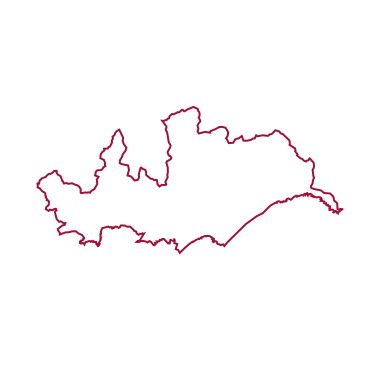 Lima, Lima Province, Peru (orthographic projection), rotated 291°
{"feature_id": "86281439B5897753899369", "entity_name": "Lima", "entity_type": "district", "adm_level": 2, "iso_a3": "PER", "parent_name": "Peru", "parent_adm1": "Lima Province", "projection": "orthographic", "projection_center": [-76.975, -12.046], "detail": "fine", "context": "isolated", "style": "outline", "palette": "rose", "viewbox_px": 384, "rotation_deg": 291, "n_neighbors": 0, "source": "geoboundaries", "source_scale": "gbopen_adm2", "svg_char_len": 6068}
<svg xmlns="http://www.w3.org/2000/svg" viewBox="0 0 384 384"><g transform="rotate(291 192 192)"><path d="M130.8,202.4L138.0,205.7L144.9,209.6L145.1,210.2L146.1,210.7L146.0,211.1L149.1,213.2L149.4,213.7L149.1,214.2L149.4,213.9L150.7,214.9L150.6,215.6L152.9,216.9L152.7,217.3L153.1,217.2L153.9,218.2L153.4,218.9L153.9,218.3L155.6,219.8L156.0,220.9L155.7,221.2L156.8,222.6L157.1,225.3L156.6,226.0L156.7,227.0L156.3,227.1L156.2,229.1L155.3,229.2L155.0,228.7L154.9,229.2L154.6,228.9L153.7,229.0L154.0,229.4L153.0,230.0L154.0,230.9L154.5,232.4L154.4,233.0L152.7,234.3L153.0,236.7L152.6,237.7L154.3,240.0L153.2,241.6L158.3,243.3L181.6,253.9L192.7,261.2L197.8,265.8L206.6,269.6L208.6,271.0L211.9,273.8L212.3,275.1L213.3,274.9L214.3,275.9L214.6,277.2L214.0,278.4L214.9,279.2L214.8,280.1L216.1,280.6L216.0,281.6L216.8,282.2L216.8,282.9L217.8,283.3L217.2,284.2L218.4,282.9L219.6,283.2L220.5,284.4L220.2,287.1L223.6,288.7L225.6,290.3L225.3,291.0L226.0,291.3L225.5,292.1L228.6,295.5L228.6,297.5L230.3,297.5L230.9,298.5L230.2,299.1L231.8,299.4L232.3,300.0L232.0,300.5L231.3,300.2L231.2,301.4L230.8,301.0L230.4,301.4L231.1,301.4L231.6,302.2L232.0,302.0L232.8,303.4L232.1,305.6L231.0,305.0L231.0,306.6L231.5,307.3L231.1,307.6L231.8,310.8L232.8,312.3L232.9,314.2L232.4,315.1L231.9,314.9L231.4,315.5L231.2,315.2L231.0,316.0L229.9,315.5L230.5,318.6L230.1,319.4L228.9,319.4L228.9,321.2L229.2,321.4L228.2,322.0L228.4,322.5L227.9,323.1L228.7,323.6L227.7,324.9L228.1,326.1L226.3,326.5L226.0,327.0L225.0,327.0L225.1,326.5L224.5,326.8L226.0,329.8L225.1,331.6L223.8,331.2L223.7,331.7L225.8,332.9L225.7,333.6L224.6,334.5L224.3,335.9L225.6,335.5L226.0,336.3L229.5,338.2L230.2,339.3L229.5,337.1L228.1,335.0L228.2,334.0L233.6,331.5L235.0,327.6L238.2,325.8L240.1,321.5L238.4,315.7L239.7,311.8L238.6,305.1L238.5,302.5L238.9,301.4L240.5,301.0L243.3,301.5L245.8,300.8L249.1,300.8L249.9,299.9L255.8,296.7L257.9,297.0L259.8,296.7L262.9,295.1L265.5,290.1L265.5,289.7L263.3,289.3L262.4,288.0L261.3,287.5L261.4,285.0L262.4,283.2L262.3,281.3L263.7,277.0L264.9,277.1L267.0,273.7L268.0,273.7L269.7,272.5L270.9,266.2L272.4,266.0L275.0,264.5L278.6,256.0L278.5,253.9L279.8,251.7L279.5,247.7L274.8,245.8L273.8,244.1L271.7,242.9L270.2,237.5L267.4,233.0L267.9,231.6L264.4,231.3L263.8,229.7L262.1,228.7L259.5,224.9L258.4,221.6L262.1,218.4L258.7,216.4L257.8,214.6L256.4,213.4L252.8,212.9L250.8,208.8L253.8,205.6L254.3,204.5L257.4,205.2L260.7,204.4L264.0,200.3L263.7,197.3L262.5,194.2L259.2,191.5L255.7,187.7L254.7,187.2L253.9,187.7L252.7,182.4L249.1,177.5L250.5,175.5L253.3,175.3L255.9,173.3L258.7,173.6L260.7,174.4L261.7,174.0L264.0,171.5L265.2,171.8L267.6,171.2L269.2,170.0L269.9,168.7L271.6,167.6L272.0,163.0L267.3,158.0L264.8,156.3L264.5,155.6L265.4,153.9L265.2,153.2L261.7,151.4L261.3,150.0L258.1,147.2L257.7,145.5L254.9,143.9L252.6,144.2L251.8,143.1L250.5,142.7L248.1,139.8L247.8,138.7L244.1,144.5L243.2,145.0L240.8,145.1L238.6,147.5L230.1,152.5L228.0,155.2L226.1,155.7L220.8,154.9L220.0,155.2L217.8,157.2L217.6,159.3L216.6,160.5L214.8,160.2L211.7,157.7L210.2,157.5L206.2,160.6L201.7,162.4L199.2,162.8L197.0,164.0L191.9,163.5L190.1,165.2L189.1,164.9L187.9,161.3L185.5,159.7L186.7,157.2L190.5,155.0L190.5,153.9L189.5,152.7L190.0,150.6L189.6,148.6L191.4,143.2L194.2,142.0L195.9,140.5L195.9,137.4L196.6,135.9L196.3,135.4L191.5,135.7L188.9,136.2L186.7,137.4L183.9,137.0L182.2,134.4L184.7,129.4L184.3,125.9L190.1,125.2L193.9,122.8L192.8,116.5L192.9,114.8L193.3,114.0L196.2,113.4L199.8,114.1L201.9,113.8L206.8,115.1L209.9,114.9L212.4,111.0L215.0,108.9L217.8,108.4L224.1,101.8L221.9,100.0L219.7,99.2L217.2,99.2L215.2,98.0L213.4,99.1L211.3,98.7L209.2,99.6L204.9,99.1L204.1,98.0L202.4,97.8L200.9,94.4L199.4,95.3L196.9,93.8L194.3,93.3L190.7,94.4L190.3,98.4L187.9,100.5L186.4,100.8L185.0,101.9L183.5,100.5L181.2,100.1L179.7,99.1L178.3,95.8L176.6,95.0L172.7,95.6L172.7,99.3L169.4,98.7L165.6,100.7L159.6,99.8L157.1,97.7L154.8,97.1L154.8,95.9L153.7,94.1L153.4,92.7L151.2,89.0L151.4,88.3L154.8,87.1L156.7,84.5L157.2,81.8L156.9,80.4L157.2,77.1L155.3,73.3L155.4,71.7L154.0,69.4L155.5,67.9L155.8,67.0L159.7,63.6L160.2,60.4L161.5,58.6L162.9,58.4L163.2,57.7L162.3,55.9L159.2,54.4L158.1,53.3L157.9,52.2L156.1,50.9L153.5,49.9L150.7,46.7L149.6,46.7L148.9,45.9L147.9,45.7L145.1,46.2L144.9,45.0L144.2,44.7L143.2,45.6L141.0,46.2L140.8,48.8L139.0,51.8L138.7,54.6L137.9,55.6L135.9,56.6L135.5,57.4L134.6,57.5L133.2,59.3L132.3,59.4L132.5,61.0L132.0,61.7L129.2,62.8L128.2,62.7L125.8,61.4L123.7,61.6L123.0,65.0L124.7,65.7L124.8,68.2L126.2,69.0L127.3,70.2L127.5,71.1L126.2,72.1L125.3,71.3L124.1,71.2L118.3,75.3L116.5,78.7L117.6,80.0L116.9,83.3L117.6,84.9L115.7,84.9L114.0,82.7L109.2,80.0L108.5,80.3L106.5,83.3L104.9,83.8L108.8,88.2L110.4,91.7L112.2,94.0L113.7,97.6L112.6,100.8L112.5,104.6L110.6,107.6L109.9,108.0L109.3,107.2L107.8,107.4L107.2,106.3L106.6,106.2L106.6,105.6L105.7,105.2L104.3,105.6L104.8,106.6L104.2,107.0L105.1,108.0L105.2,109.3L104.4,110.4L106.8,110.4L109.3,113.6L109.6,114.6L109.2,115.3L110.5,116.1L109.8,117.7L110.6,117.9L110.2,118.4L110.9,120.4L109.0,121.4L108.9,121.8L110.0,122.6L109.1,122.6L109.1,123.1L108.1,123.0L107.4,124.4L108.4,123.5L108.9,124.2L110.6,124.4L111.5,123.4L114.7,123.9L115.4,123.2L117.0,123.5L117.4,122.5L119.4,122.1L119.8,121.5L121.1,122.0L122.2,121.1L126.1,121.2L129.8,126.3L129.4,127.8L130.2,128.8L130.3,130.3L129.6,130.2L129.3,130.6L130.0,131.4L130.8,131.3L130.9,132.2L132.4,133.0L132.6,135.1L132.1,136.2L133.1,137.2L135.3,137.6L136.6,141.3L136.3,143.9L137.5,146.6L135.7,151.2L135.0,151.7L135.1,154.1L133.5,155.2L133.0,157.6L134.4,158.6L135.0,160.3L135.7,160.6L135.4,161.7L135.7,162.0L128.0,160.6L126.7,158.8L125.5,158.2L125.9,159.7L128.0,162.3L128.9,164.3L129.2,167.2L128.9,168.5L131.0,170.0L130.5,172.0L128.7,175.0L128.8,175.9L130.2,176.7L131.2,175.8L132.1,177.4L132.9,177.7L133.3,177.0L134.2,179.0L135.0,179.4L135.7,179.2L136.2,180.8L136.8,180.6L137.6,181.4L138.1,182.5L135.4,188.1L135.8,189.0L136.3,188.9L136.3,189.6L139.5,189.0L139.6,191.6L139.9,192.3L141.3,192.4L140.9,193.2L138.0,193.8L138.2,196.8L132.9,197.3L132.8,200.0L130.8,202.4Z" fill="none" stroke="#9f1239" stroke-width="2"/></g></svg>